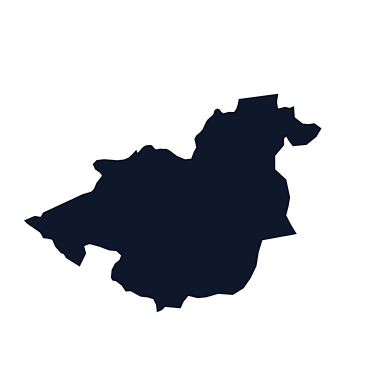 Smolyan, Mercator projection, rotated 132°
{"feature_id": "BGR-2236", "entity_name": "Smolyan", "entity_type": "Province", "adm_level": 1, "iso_a3": "BGR", "parent_name": "Bulgaria", "parent_adm1": "", "projection": "mercator", "projection_center": [24.659, 41.628], "detail": "fine", "context": "isolated", "style": "filled", "palette": "ink", "viewbox_px": 384, "rotation_deg": 132, "n_neighbors": 0, "source": "natural_earth", "source_scale": "10m", "svg_char_len": 1753}
<svg xmlns="http://www.w3.org/2000/svg" viewBox="0 0 384 384"><g transform="rotate(132 192 192)"><path d="M115.7,229.2L113.5,228.4L113.0,226.6L113.6,223.8L113.4,221.0L108.6,217.9L104.7,213.5L100.4,214.0L95.8,216.0L91.7,218.6L62.5,193.7L68.8,189.6L73.5,183.7L67.0,179.3L64.8,175.1L61.2,173.4L68.5,165.9L67.8,155.2L64.2,150.3L59.7,146.7L58.9,138.9L67.8,137.2L80.0,139.1L89.7,148.0L88.6,154.0L86.7,159.7L91.1,160.1L95.8,155.6L109.7,155.2L120.2,145.7L120.4,130.5L130.8,116.1L137.9,111.6L146.9,106.9L150.8,96.5L153.5,87.3L180.7,108.3L192.3,102.9L204.2,95.2L216.9,91.5L228.9,90.0L240.7,93.4L249.6,104.9L260.5,111.7L266.5,117.2L271.2,126.0L279.3,125.6L285.8,123.5L295.0,135.9L299.6,136.0L303.7,137.9L299.4,142.6L296.7,149.1L299.3,154.7L303.5,160.6L306.1,171.6L309.5,175.0L307.9,181.4L308.4,188.9L310.2,192.0L309.3,194.5L303.2,199.0L296.5,200.7L290.9,199.7L285.8,201.7L285.8,208.9L290.2,214.9L294.1,224.8L298.8,234.0L304.6,236.9L309.0,230.2L322.0,226.5L324.6,241.5L323.2,245.6L324.4,248.7L323.5,256.7L320.2,264.0L322.4,268.0L325.1,271.9L323.9,274.8L323.1,277.9L325.1,293.2L324.9,296.7L315.8,292.4L314.8,291.3L312.9,288.1L312.2,287.2L311.0,287.2L306.9,288.1L267.1,271.1L259.6,266.5L256.4,266.1L254.0,266.6L248.9,268.4L239.4,269.0L238.6,273.4L239.3,279.0L237.2,283.7L232.4,283.5L227.0,278.8L218.8,268.1L214.0,263.8L209.6,261.6L204.8,260.9L199.1,260.9L200.6,257.7L192.1,257.8L188.8,257.0L185.1,253.5L184.9,252.3L185.5,248.7L185.2,247.1L184.3,246.0L182.0,244.5L181.1,243.5L179.8,241.7L178.5,240.4L177.5,238.9L176.8,236.2L176.0,227.2L173.0,218.6L167.9,214.0L160.9,216.8L155.5,218.0L150.5,225.1L146.9,225.9L141.8,225.1L138.0,225.4L129.8,227.9L127.7,228.1L121.1,227.4L119.0,227.7L117.4,228.6L115.7,229.2Z" fill="#0f172a" stroke="#020617" stroke-width="1.5"/></g></svg>